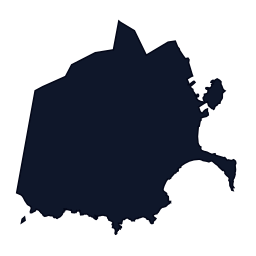 outline of Kritar - Sirah, `Adan, Yemen, rotated 2°
{"feature_id": "15242507B68167315655913", "entity_name": "Kritar - Sirah", "entity_type": "district", "adm_level": 2, "iso_a3": "YEM", "parent_name": "Yemen", "parent_adm1": "`Adan", "projection": "robinson", "projection_center": [45.033, 12.772], "detail": "fine", "context": "isolated", "style": "filled", "palette": "ink", "viewbox_px": 256, "rotation_deg": 2, "n_neighbors": 0, "source": "geoboundaries", "source_scale": "gbopen_adm2", "svg_char_len": 5925}
<svg xmlns="http://www.w3.org/2000/svg" viewBox="0 0 256 256"><g transform="rotate(2 128 128)"><path d="M115.1,21.4L110.7,50.4L92.7,53.9L69.5,66.8L63.8,78.7L41.3,89.7L33.9,94.0L19.0,196.7L23.3,198.4L24.8,199.6L26.1,201.4L27.6,204.2L30.3,207.9L31.7,208.7L32.4,208.9L33.8,210.2L34.2,211.2L34.1,212.3L33.3,214.9L33.5,216.0L34.3,216.1L34.8,215.7L35.2,215.8L35.6,215.5L36.7,214.8L38.0,214.2L38.6,213.3L38.9,212.4L39.9,212.5L42.6,213.6L42.6,214.2L43.3,214.7L43.8,215.5L45.9,217.1L45.9,217.6L46.6,218.5L47.8,219.1L48.1,218.9L48.2,218.7L48.9,219.0L50.0,218.5L52.3,217.8L52.8,218.2L54.2,218.4L55.0,218.2L55.9,218.5L56.9,219.0L56.8,219.6L57.4,220.1L58.5,220.0L59.4,219.8L59.8,220.6L60.3,220.8L61.0,220.2L63.2,219.0L64.6,217.5L65.3,216.4L66.0,214.4L66.8,214.2L66.9,213.7L66.9,213.1L67.6,212.9L67.6,212.4L68.1,212.0L67.5,211.6L67.2,211.6L67.0,211.1L67.6,211.0L68.1,211.3L69.3,211.1L69.7,211.7L71.1,211.6L71.6,211.9L72.1,211.9L73.1,212.2L73.9,211.9L74.2,212.2L74.3,212.7L74.8,213.7L74.7,214.2L75.1,214.5L75.7,214.4L76.0,214.2L76.3,214.4L76.9,214.6L77.3,214.6L77.9,214.1L78.1,214.3L78.6,213.7L78.9,213.5L79.2,213.8L79.6,212.3L80.9,212.8L82.3,211.9L83.1,212.5L82.7,213.1L83.1,213.9L83.1,214.3L83.6,214.5L83.6,216.2L83.9,216.5L84.2,216.3L84.9,216.3L85.2,215.9L85.5,216.2L85.8,216.1L85.9,215.9L86.2,215.9L86.5,216.0L86.9,215.6L87.6,215.3L88.5,215.5L89.2,215.1L91.7,216.3L92.1,216.6L92.2,217.2L92.3,217.4L93.6,217.2L94.3,217.4L94.7,217.9L96.0,218.1L96.9,219.0L97.2,219.1L97.5,219.5L97.9,219.6L98.2,220.0L99.3,220.5L99.6,220.4L99.7,219.9L99.9,219.6L100.2,219.6L100.5,219.2L98.4,217.8L98.2,216.6L100.7,217.8L101.2,216.8L103.1,216.6L104.6,216.1L106.2,215.9L108.3,216.4L109.3,216.4L110.1,216.9L110.7,217.5L110.9,218.6L111.8,219.5L111.9,220.4L112.0,220.6L115.2,221.8L116.3,222.9L116.3,223.6L116.2,224.2L115.8,224.3L115.5,224.8L115.8,225.1L116.2,225.1L116.0,225.5L116.7,225.8L116.1,227.2L116.0,228.0L117.6,228.3L118.2,229.2L118.7,229.2L119.0,230.2L118.9,231.6L119.3,232.2L118.8,232.9L118.8,233.9L119.3,234.6L119.6,234.5L119.9,234.3L120.4,233.8L120.3,232.3L120.7,231.8L121.1,230.8L121.8,230.5L121.9,229.6L122.2,229.0L122.6,229.0L123.4,229.2L123.1,228.5L124.4,228.2L124.8,227.7L124.9,227.3L124.7,226.8L123.6,226.2L123.5,226.7L122.9,226.5L121.9,223.6L123.4,223.5L124.4,224.1L125.1,223.4L125.1,223.1L124.8,222.7L125.3,221.9L125.3,220.9L126.1,219.6L126.8,219.5L127.4,219.6L128.0,219.2L128.0,218.8L129.4,218.1L130.6,217.8L131.4,218.2L132.6,219.1L133.6,219.1L134.3,219.6L134.9,220.6L135.7,220.6L136.0,220.4L137.5,220.5L137.4,220.0L137.9,219.5L138.5,218.5L138.9,218.4L139.2,218.2L141.1,218.1L141.7,217.2L142.2,217.4L144.1,216.8L144.9,216.3L146.5,216.1L147.3,216.3L148.8,216.9L149.9,217.6L149.9,218.0L150.2,218.4L150.6,218.6L151.1,218.4L152.9,219.0L152.8,219.9L153.4,220.0L153.5,221.0L153.8,221.4L153.9,222.0L155.1,222.7L156.3,222.4L156.6,220.4L157.2,219.7L158.1,219.0L159.1,217.5L156.8,216.0L156.0,214.8L156.7,213.7L158.9,212.7L159.8,212.7L160.1,212.0L161.0,211.2L163.3,207.2L164.1,206.7L165.0,205.8L165.7,205.9L166.8,205.5L167.7,205.3L168.9,204.6L169.6,203.9L169.9,203.4L171.2,202.4L171.7,202.2L171.9,202.0L171.9,201.2L172.8,200.8L173.1,201.0L173.1,199.9L172.3,200.0L171.7,199.8L170.8,199.2L170.4,198.8L170.9,198.0L170.6,195.0L169.8,194.6L169.3,194.0L168.6,193.9L169.0,192.6L168.7,191.9L168.3,192.0L167.9,191.4L167.3,190.9L166.5,190.5L165.9,190.0L165.2,189.0L165.1,187.6L166.0,184.3L167.9,179.9L169.4,177.6L170.3,177.3L170.9,177.6L172.4,176.6L172.5,175.8L175.4,172.4L175.7,171.4L176.8,171.4L177.4,171.0L177.5,170.4L178.8,169.4L179.5,169.3L179.7,168.8L179.6,168.3L179.1,168.0L179.3,167.3L179.7,167.1L179.7,166.7L180.6,165.9L182.0,165.5L182.3,163.9L186.1,161.2L190.3,158.9L194.9,157.4L200.4,156.7L202.4,157.1L204.1,157.9L207.7,158.4L210.1,159.0L210.9,158.4L212.8,157.9L213.8,158.4L216.8,160.8L219.0,162.2L220.3,163.8L224.0,167.0L224.4,166.6L225.2,167.0L226.0,167.9L226.6,168.9L226.4,169.7L226.9,170.5L228.3,172.0L230.1,173.3L230.8,174.2L231.1,175.6L230.6,176.6L231.6,178.3L231.9,182.2L233.1,184.2L233.9,186.5L235.2,186.8L234.3,184.7L234.8,184.1L235.9,183.9L234.6,182.1L234.6,179.9L235.0,177.8L234.7,176.5L235.1,175.2L235.5,174.8L236.2,172.7L236.7,170.3L236.3,169.2L236.8,167.7L236.9,165.7L236.3,161.6L237.0,159.4L236.5,157.4L234.7,156.0L232.5,157.0L229.4,156.4L228.3,156.9L225.7,154.1L224.8,154.4L216.2,152.2L215.9,150.7L214.7,150.9L212.4,151.6L212.1,151.2L210.6,150.7L208.1,149.5L206.2,149.0L205.6,149.0L202.5,148.0L201.5,146.9L201.3,145.4L201.5,144.4L200.2,143.8L199.2,142.3L198.5,140.7L197.7,134.1L198.2,124.0L199.1,123.7L199.8,118.6L200.7,117.6L200.5,115.5L202.5,114.6L205.9,113.7L207.8,112.2L207.5,110.1L206.7,108.8L206.7,106.2L204.8,107.1L203.2,108.6L201.8,110.7L200.6,110.1L199.5,109.1L197.7,104.6L204.0,100.2L206.6,99.1L207.8,102.9L211.2,105.6L211.8,105.5L212.9,106.4L213.5,105.8L213.9,104.3L214.4,103.1L216.3,101.9L217.3,100.2L219.0,100.0L219.2,98.2L221.0,95.2L221.2,93.8L221.1,91.9L221.2,89.8L223.7,87.5L222.7,87.0L221.4,85.6L220.3,82.8L219.3,81.0L219.3,78.5L217.8,77.1L215.4,75.8L213.3,77.1L212.5,78.5L211.3,77.3L209.7,78.3L209.3,79.4L211.0,79.7L211.7,81.0L210.4,81.3L210.0,81.6L210.4,82.6L209.9,84.0L209.2,84.6L209.0,85.2L207.8,85.1L207.3,85.8L206.6,84.9L205.7,84.9L204.6,85.0L204.4,85.9L205.2,86.5L206.7,86.7L206.6,88.3L206.7,89.4L206.2,90.4L204.8,91.2L203.2,91.6L203.3,93.4L202.0,95.3L202.5,97.0L203.5,99.1L202.5,99.7L201.2,99.1L199.8,99.2L198.8,98.5L197.4,98.2L195.2,95.8L196.0,94.4L197.2,94.1L197.4,93.2L197.1,92.0L196.0,91.9L195.5,92.9L195.1,94.0L193.9,93.2L194.1,92.3L193.0,90.6L191.8,89.2L191.4,87.1L190.8,86.8L188.9,85.2L189.2,83.8L190.8,82.6L193.4,80.1L192.6,79.1L191.8,79.1L188.6,81.8L187.8,82.8L186.6,82.6L187.1,81.0L185.2,77.1L188.9,74.6L190.8,73.7L190.2,72.4L186.2,60.6L186.6,57.7L185.5,56.1L182.9,56.8L180.4,53.7L176.9,48.8L176.4,47.1L174.7,45.2L172.2,39.5L165.1,40.8L143.7,54.6L131.0,30.6L116.6,22.6L115.1,21.4ZM28.4,223.9L27.7,220.6L25.4,222.8L24.8,226.5L28.4,223.9Z" fill="#0f172a" stroke="#020617" stroke-width="1.5"/></g></svg>